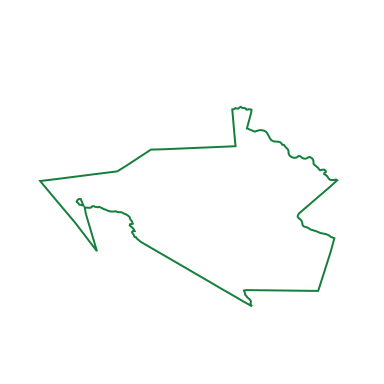 the district of Coroatá, Maranhão, Brazil, rotated 105°
{"feature_id": "56859067B50096291578715", "entity_name": "Coroatá", "entity_type": "district", "adm_level": 2, "iso_a3": "BRA", "parent_name": "Brazil", "parent_adm1": "Maranhão", "projection": "equal_earth", "projection_center": [-44.19, -4.166], "detail": "fine", "context": "isolated", "style": "outline", "palette": "green", "viewbox_px": 384, "rotation_deg": 105, "n_neighbors": 0, "source": "geoboundaries", "source_scale": "gbopen_adm2", "svg_char_len": 2598}
<svg xmlns="http://www.w3.org/2000/svg" viewBox="0 0 384 384"><g transform="rotate(105 192 192)"><path d="M161.7,242.7L177.9,257.1L183.8,262.4L191.4,269.5L200.7,292.4L207.1,308.0L213.0,322.4L220.7,341.5L230.8,327.2L244.9,307.0L252.2,296.5L262.0,283.8L273.8,268.5L240.7,288.8L234.7,291.6L234.2,288.7L233.8,286.9L233.2,285.5L231.6,284.6L231.1,283.1L231.4,281.5L231.1,279.0L230.4,278.1L230.7,275.6L231.0,274.2L231.3,273.0L231.4,271.5L231.6,269.5L231.9,267.9L231.9,266.2L231.6,264.1L231.0,262.1L230.3,260.6L230.7,258.9L230.3,256.8L229.8,254.9L230.4,252.6L230.6,250.2L231.1,248.5L231.7,247.1L232.5,245.6L233.6,245.2L234.6,244.1L235.7,242.7L236.5,241.9L237.9,241.0L238.7,242.0L239.0,243.4L240.4,243.5L241.2,242.0L242.0,240.2L242.9,238.8L244.6,237.3L245.1,239.1L246.4,239.6L247.5,238.4L248.4,237.3L250.2,236.0L250.2,234.3L251.1,233.6L252.0,231.5L253.4,228.7L256.8,216.1L269.5,169.2L273.5,154.4L277.1,141.3L281.8,123.7L284.3,114.5L286.9,104.5L285.4,106.1L284.3,106.7L282.7,106.6L281.7,107.3L280.6,108.8L280.1,110.0L279.4,111.3L278.3,112.7L277.4,114.1L276.2,114.5L275.0,115.4L273.7,116.3L272.8,114.5L267.7,94.7L262.8,75.5L257.1,53.1L256.6,51.2L254.8,44.5L242.0,43.9L214.5,42.6L199.8,42.5L199.4,46.4L198.5,48.4L198.0,51.7L198.4,57.2L197.8,61.1L197.7,63.1L197.6,65.2L197.6,67.6L196.9,69.6L196.4,71.3L196.5,73.4L196.1,75.8L195.0,76.8L193.7,77.3L192.5,78.0L191.2,79.0L190.3,80.5L189.7,82.2L188.6,83.5L187.4,83.7L186.4,83.4L185.2,83.2L180.5,80.0L151.8,60.4L143.1,54.8L142.7,56.0L143.8,58.4L144.2,59.8L144.5,61.6L143.7,63.3L142.5,64.7L141.4,66.0L140.8,67.7L140.4,69.1L139.2,68.9L138.0,67.9L136.7,68.6L136.2,70.3L136.9,72.3L137.9,73.9L137.0,75.5L136.1,76.3L135.3,78.1L134.0,81.0L133.1,82.0L130.7,82.6L128.7,84.3L127.8,86.4L128.0,88.2L128.8,89.0L129.7,89.8L130.4,90.9L130.8,92.6L130.5,94.5L129.5,96.4L129.5,98.2L131.7,100.0L132.4,101.6L132.6,103.5L132.5,104.8L131.8,106.5L131.1,107.6L129.9,108.6L127.7,109.3L125.7,110.7L124.9,112.5L123.5,114.4L122.7,115.4L123.0,117.0L121.8,118.3L121.1,119.6L121.1,121.6L121.5,123.7L122.0,126.2L121.4,128.8L120.6,129.9L119.2,131.3L118.0,132.4L116.3,134.1L115.1,135.3L114.5,136.6L114.1,138.4L114.2,139.8L114.4,141.7L115.2,143.5L117.4,147.1L117.2,149.1L116.5,153.8L116.4,155.4L114.3,155.4L99.5,155.4L97.1,155.9L97.2,158.1L98.0,159.6L98.3,161.0L97.4,161.6L97.4,163.4L97.8,165.3L97.1,166.9L98.0,167.9L99.4,168.9L99.8,170.1L99.7,171.7L101.0,172.7L101.8,174.5L123.8,166.5L136.5,161.8L145.5,190.4L158.1,230.6L161.7,242.7ZM233.3,293.2L233.2,295.5L233.4,297.6L232.2,299.0L231.3,300.9L229.4,300.5L228.2,299.6L227.6,297.7L233.3,293.2Z" fill="none" stroke="#15803d" stroke-width="2"/></g></svg>